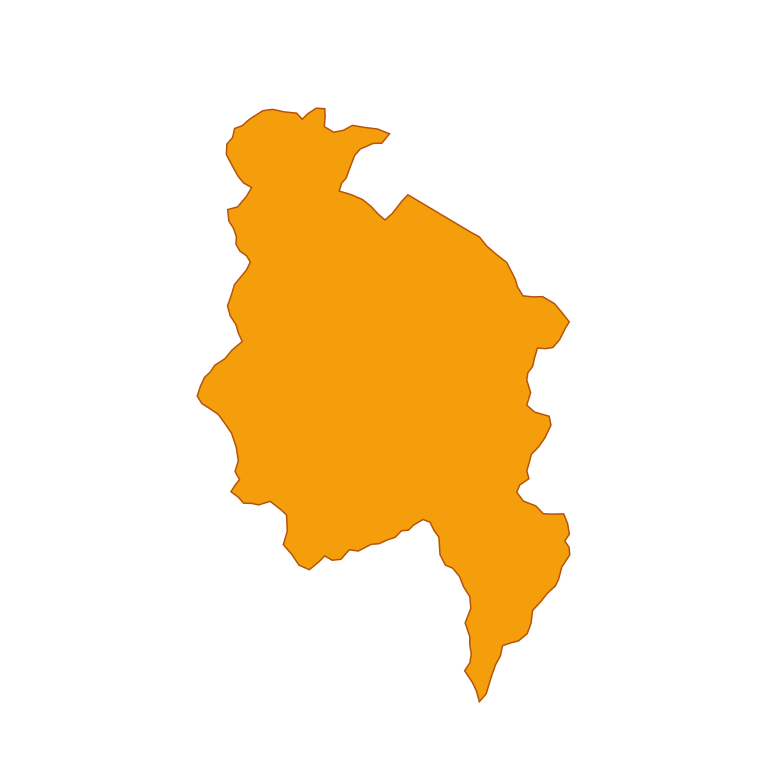 Pereiras, São Paulo, Brazil (Mercator projection), rotated 311°
{"feature_id": "56859067B86538174057776", "entity_name": "Pereiras", "entity_type": "district", "adm_level": 2, "iso_a3": "BRA", "parent_name": "Brazil", "parent_adm1": "São Paulo", "projection": "mercator", "projection_center": [-47.981, -23.122], "detail": "fine", "context": "isolated", "style": "filled", "palette": "amber", "viewbox_px": 768, "rotation_deg": 311, "n_neighbors": 0, "source": "geoboundaries", "source_scale": "gbopen_adm2", "svg_char_len": 2391}
<svg xmlns="http://www.w3.org/2000/svg" viewBox="0 0 768 768"><g transform="rotate(311 384 384)"><path d="M552.4,483.1L554.6,471.8L556.5,460.0L554.0,446.4L547.4,439.2L541.7,431.0L544.8,421.1L549.1,414.5L552.4,406.5L556.2,396.9L555.5,382.8L555.5,371.0L557.6,359.4L555.5,350.0L542.5,277.9L533.5,277.5L518.3,278.4L508.4,277.1L508.4,268.2L509.5,257.8L509.1,246.9L505.5,235.2L500.2,223.6L507.7,220.3L514.6,220.3L527.3,215.5L537.3,211.9L545.8,211.9L558.5,218.0L564.3,224.4L576.5,224.0L572.2,211.9L564.7,200.7L558.5,190.5L548.8,186.9L541.0,180.8L539.1,170.1L547.7,163.7L552.9,158.7L547.7,151.9L537.7,149.1L530.2,148.6L531.1,140.3L524.0,130.3L518.1,119.6L510.7,113.2L495.8,108.8L485.9,107.5L478.8,103.6L470.8,108.0L462.0,108.0L453.8,114.4L448.0,129.3L445.0,137.8L443.6,146.0L445.4,155.2L435.3,157.1L421.6,157.3L413.1,151.6L405.3,159.9L402.7,168.4L398.2,176.1L392.4,180.5L389.7,188.2L390.6,196.2L388.3,203.1L379.7,205.4L361.0,205.9L351.3,210.3L340.2,214.7L334.6,223.2L331.7,233.2L326.8,240.9L323.1,249.1L309.7,247.0L298.6,247.3L287.2,244.0L279.1,245.0L271.3,244.2L261.9,246.9L252.4,250.9L249.7,259.4L251.2,269.1L252.3,278.9L250.1,288.8L246.8,301.3L239.4,313.9L230.5,324.4L220.1,329.1L217.2,337.6L209.8,338.0L202.3,339.1L203.0,348.4L201.9,356.1L207.1,362.5L210.5,368.7L220.8,375.1L221.5,388.8L221.2,396.4L209.4,407.6L196.7,413.4L194.9,426.1L191.5,438.7L194.9,449.5L207.5,451.6L215.3,452.0L217.0,460.5L223.4,466.5L236.1,466.6L241.1,474.2L254.6,479.5L260.2,485.0L268.6,488.8L275.6,493.0L284.6,493.5L289.8,498.4L296.7,498.8L307.3,502.3L309.9,509.3L306.0,518.6L304.5,525.8L292.0,538.2L287.6,549.1L290.1,556.8L288.2,567.6L283.2,576.9L279.8,588.3L271.6,596.7L256.9,602.0L249.7,614.4L243.2,620.1L237.5,627.0L230.0,631.7L220.5,633.0L216.7,646.6L213.0,655.1L206.8,664.4L217.2,664.4L234.2,656.7L245.3,652.4L255.3,650.2L264.2,645.1L272.0,649.6L278.2,654.0L289.4,655.9L299.8,652.0L310.6,644.7L322.0,645.1L333.4,644.6L343.9,645.8L350.9,644.0L362.4,638.3L376.9,636.3L382.1,630.9L384.2,623.4L392.3,622.4L399.1,614.1L403.9,604.8L396.5,596.7L390.6,589.4L391.6,578.6L387.1,566.0L389.4,555.2L396.8,552.7L407.6,555.5L412.1,548.8L420.9,544.7L427.5,541.4L438.1,541.9L448.8,540.8L462.5,537.0L468.0,529.8L461.6,516.1L461.7,505.6L473.6,500.4L480.7,489.1L486.9,485.2L494.7,484.7L501.7,480.9L511.7,476.2L516.9,483.0L522.4,487.5L532.5,487.5L545.5,484.2L552.4,483.1Z" fill="#f59e0b" stroke="#b45309" stroke-width="1.5"/></g></svg>